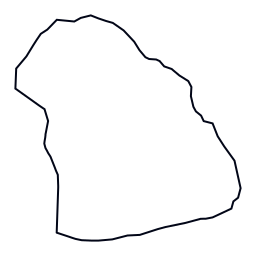 Ouara, Ouaddaï, Chad
{"feature_id": "50815135B92277339053304", "entity_name": "Ouara", "entity_type": "district", "adm_level": 2, "iso_a3": "TCD", "parent_name": "Chad", "parent_adm1": "Ouaddaï", "projection": "natural_earth1", "projection_center": [20.732, 13.712], "detail": "fine", "context": "isolated", "style": "outline", "palette": "ink", "viewbox_px": 256, "rotation_deg": 0, "n_neighbors": 0, "source": "geoboundaries", "source_scale": "gbopen_adm2", "svg_char_len": 1114}
<svg xmlns="http://www.w3.org/2000/svg" viewBox="0 0 256 256"><path d="M56.7,232.6L56.8,232.7L68.9,236.7L72.1,237.8L75.5,238.9L81.7,240.2L91.7,240.6L98.4,240.6L112.3,239.4L127.5,235.5L139.8,234.9L157.8,229.1L165.6,227.0L185.5,222.9L200.7,218.8L205.9,218.7L212.6,217.4L222.9,212.6L231.4,208.6L233.4,201.4L238.1,197.7L240.6,188.2L234.5,160.7L224.2,146.4L217.7,136.3L212.6,123.4L203.7,121.1L201.1,115.6L195.9,111.4L193.4,106.8L190.9,96.2L191.4,87.0L188.3,81.1L179.4,75.5L173.3,70.4L171.7,69.0L169.4,68.2L164.2,66.4L159.8,61.3L159.7,61.1L158.8,60.7L156.2,59.5L149.1,59.0L145.4,57.2L139.5,50.2L134.2,41.7L123.6,30.4L112.8,22.9L106.1,21.0L98.4,18.4L90.8,15.4L80.8,17.9L74.3,21.5L56.8,19.8L47.3,29.6L40.8,33.8L36.6,40.0L33.4,45.0L28.6,52.8L26.4,56.4L16.4,68.3L16.2,68.5L15.4,88.6L39.1,105.5L43.5,108.5L44.5,109.1L47.8,120.0L48.1,121.0L45.9,132.4L45.5,134.3L45.5,135.1L45.2,137.7L44.6,141.1L44.3,143.6L45.0,146.3L45.5,148.1L46.8,150.4L48.3,153.3L49.5,155.1L50.5,156.7L54.8,167.5L55.8,170.2L56.0,170.7L57.8,174.8L58.2,185.8L58.2,187.1L58.2,187.7L56.7,232.5L56.7,232.6Z" fill="none" stroke="#020617" stroke-width="2"/></svg>